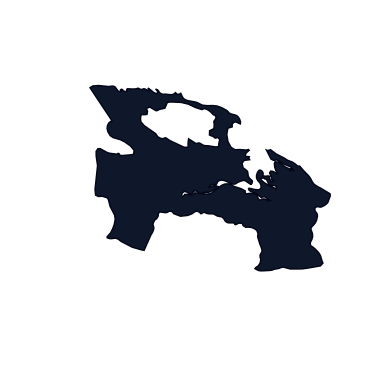 outline of Darién, rotated 131°
{"feature_id": "PAN-1418", "entity_name": "Darién", "entity_type": "Province", "adm_level": 1, "iso_a3": "PAN", "parent_name": "Panama", "parent_adm1": "", "projection": "robinson", "projection_center": [-78.04, 8.154], "detail": "fine", "context": "isolated", "style": "filled", "palette": "ink", "viewbox_px": 384, "rotation_deg": 131, "n_neighbors": 0, "source": "natural_earth", "source_scale": "10m", "svg_char_len": 6114}
<svg xmlns="http://www.w3.org/2000/svg" viewBox="0 0 384 384"><g transform="rotate(131 192 192)"><path d="M267.4,189.9L268.7,192.0L272.8,200.8L275.8,213.1L276.0,216.9L276.9,219.2L278.3,220.7L279.8,221.9L281.1,223.5L282.2,226.0L281.4,226.7L276.3,226.6L272.1,227.6L267.4,229.4L263.1,231.9L260.2,235.2L256.6,244.3L252.5,250.2L252.0,252.1L253.9,256.7L256.8,259.8L257.6,262.7L253.6,266.9L234.0,280.6L227.7,287.9L224.2,291.0L221.0,291.4L219.5,289.6L217.8,281.7L216.8,279.6L212.9,273.7L212.5,273.4L211.4,273.1L211.0,272.6L211.0,272.0L211.6,270.2L210.2,268.5L203.3,261.8L201.8,260.9L198.5,263.0L197.6,268.8L198.3,275.5L199.5,280.4L202.7,287.3L203.1,290.7L201.8,294.8L199.8,297.7L197.1,299.5L194.0,300.1L190.7,299.2L180.2,337.4L177.0,336.4L172.9,332.3L167.0,323.9L164.7,322.0L163.6,320.7L163.2,318.9L164.3,314.0L163.6,312.4L162.8,311.7L161.7,313.0L160.6,312.5L160.3,311.4L160.6,310.6L161.2,310.7L159.6,307.8L158.7,307.2L157.4,308.5L156.5,308.5L153.1,304.2L150.9,301.9L149.3,301.0L148.8,300.3L148.5,298.8L147.8,297.2L146.4,296.6L145.5,295.9L144.9,294.3L144.0,291.1L143.1,291.1L142.5,293.5L142.2,292.0L142.0,286.4L141.4,283.6L139.9,283.0L138.5,284.2L138.2,287.0L137.5,284.9L137.7,283.5L138.2,282.1L138.2,280.3L137.7,278.7L137.1,277.8L135.5,276.1L132.5,271.8L130.5,270.1L127.8,269.6L128.1,267.9L127.5,266.6L126.3,265.7L124.9,265.2L126.3,262.2L127.0,260.0L126.9,258.0L125.9,255.3L121.7,248.1L121.0,246.3L119.7,241.2L116.7,236.9L113.2,233.1L110.7,229.5L108.8,224.6L107.7,219.5L107.7,217.6L108.0,215.8L107.7,214.2L105.2,209.1L104.9,207.2L105.6,204.2L107.3,201.3L108.9,200.2L110.5,205.3L112.5,206.3L114.8,206.0L116.4,204.4L120.3,206.8L125.7,203.6L130.5,197.8L132.6,192.0L132.3,188.8L131.5,186.8L128.7,183.9L124.7,178.5L123.0,177.4L123.0,176.2L126.8,176.7L128.0,176.5L129.8,175.3L129.8,174.1L129.0,173.6L127.8,171.9L129.2,171.3L129.8,169.7L133.5,173.0L134.7,173.4L137.8,173.0L138.0,172.4L140.2,169.3L139.9,164.9L140.2,163.3L143.1,160.0L143.7,158.5L143.9,157.2L144.0,154.0L144.6,153.2L145.9,152.5L147.2,152.3L147.8,152.9L148.5,158.7L148.8,160.0L150.2,161.3L152.5,162.7L155.0,163.9L156.9,164.3L158.5,165.4L159.7,167.8L162.2,175.3L163.5,177.4L165.3,178.9L167.4,179.5L169.5,178.7L171.0,178.7L172.1,181.0L173.1,181.8L174.3,182.5L175.5,182.7L177.4,182.7L177.4,181.7L175.3,181.2L173.3,179.9L171.8,178.2L170.9,176.2L177.8,177.7L181.5,179.3L183.9,182.3L187.2,184.3L188.0,185.5L188.1,187.8L188.5,189.5L189.4,190.6L190.8,191.4L192.3,190.5L193.9,191.4L195.1,193.6L195.6,196.3L196.5,198.1L198.7,198.7L201.0,198.0L202.2,195.8L198.4,195.8L193.2,188.8L190.8,189.3L183.7,179.1L182.3,177.9L180.2,176.6L167.8,174.1L164.8,172.7L162.4,170.4L160.8,167.4L160.2,163.8L157.2,156.9L156.3,152.7L158.4,150.3L155.2,147.6L153.7,145.8L152.5,143.7L151.9,141.1L152.3,139.6L153.1,138.6L153.6,137.2L153.4,135.3L152.6,134.7L151.3,134.4L149.8,132.9L149.1,131.1L148.9,129.6L148.5,128.4L146.9,127.5L147.5,129.0L147.6,133.0L148.3,134.5L150.1,135.8L150.8,136.0L150.8,141.7L151.0,143.1L153.0,148.2L153.2,149.9L152.5,151.4L151.7,151.4L149.0,146.4L147.3,143.9L146.0,142.6L143.8,142.6L141.9,144.0L140.6,146.4L140.2,149.8L139.3,152.2L137.3,154.1L134.6,155.3L132.1,155.7L130.9,155.2L130.4,153.9L130.4,152.5L130.7,151.4L131.5,150.3L135.5,148.0L136.4,148.8L137.4,149.2L137.6,144.0L136.8,139.2L134.5,130.7L133.5,130.7L132.5,132.9L133.2,134.4L134.5,135.6L135.5,137.2L135.3,140.0L133.5,144.2L134.5,145.9L134.5,147.1L132.6,148.0L131.9,146.8L130.3,145.5L129.8,144.9L129.3,143.5L130.1,143.4L132.2,139.6L132.0,138.1L129.8,137.2L130.5,139.2L130.2,140.1L129.4,140.7L128.7,141.5L126.8,145.9L124.6,146.3L123.4,144.5L122.1,139.4L121.1,140.6L120.9,142.6L119.0,145.8L116.5,148.5L114.5,149.2L113.2,146.6L111.7,137.2L110.7,134.0L111.5,131.8L110.7,131.8L110.7,132.9L109.6,132.9L109.6,129.7L108.8,129.7L108.2,133.6L110.8,141.4L112.1,149.0L114.7,151.4L115.3,154.0L111.5,163.3L111.0,161.9L108.6,160.5L108.1,153.5L105.8,144.3L105.4,140.8L103.6,136.0L103.1,132.0L103.2,129.9L102.8,128.8L101.8,127.7L102.7,121.7L103.2,115.3L103.6,113.0L104.1,111.2L105.5,107.7L106.0,105.2L105.9,103.3L105.3,99.5L104.8,98.0L102.8,86.7L103.5,85.8L104.5,85.0L110.9,82.6L112.8,82.7L115.2,83.2L118.5,84.6L119.4,85.5L120.8,87.9L122.6,88.7L123.9,88.4L125.2,87.3L125.8,85.9L126.0,84.6L126.5,83.1L127.9,81.5L131.8,79.4L134.7,78.7L137.1,78.6L139.7,78.8L141.3,78.4L142.4,77.5L144.2,74.0L146.5,71.7L149.0,70.5L152.4,69.6L153.9,68.5L154.6,67.0L154.3,64.7L154.2,61.8L154.5,58.0L155.1,55.0L156.1,52.7L158.9,48.4L159.7,46.6L163.5,46.6L173.7,54.9L177.9,58.6L185.6,67.4L188.8,73.9L190.2,75.0L192.5,76.2L196.4,79.3L198.5,80.4L200.2,81.9L205.7,87.6L207.3,89.7L208.1,92.0L208.5,94.2L207.2,94.3L204.2,93.5L200.8,94.0L197.8,95.8L196.5,97.8L194.9,99.3L192.6,99.7L190.4,100.4L188.5,103.1L186.9,106.4L182.7,113.1L180.0,114.9L178.4,118.0L178.8,121.3L179.8,124.0L181.5,126.4L183.4,128.4L183.8,131.4L182.9,133.2L182.9,133.9L183.3,134.5L185.0,136.4L187.9,137.5L188.3,138.5L187.9,139.3L187.9,140.2L191.4,144.3L192.0,145.8L192.2,147.6L191.3,150.4L191.1,152.9L193.5,157.1L194.4,161.3L195.3,162.6L197.5,165.1L198.7,167.3L198.7,168.2L199.5,169.6L200.9,170.4L201.8,170.5L202.5,170.9L202.4,173.3L203.0,175.5L204.5,176.7L208.6,177.8L212.5,179.9L217.8,184.8L220.3,191.5L219.8,194.1L221.2,196.5L224.0,197.5L225.3,198.9L228.0,203.0L229.9,203.5L232.5,201.7L235.4,201.2L237.2,201.7L240.4,201.1L241.9,200.4L243.8,197.6L245.7,196.2L248.6,195.3L251.5,194.8L267.4,189.9ZM154.1,229.4L152.8,220.7L151.5,219.8L150.1,218.5L149.2,213.8L147.9,211.8L146.5,210.1L142.3,203.4L140.1,201.6L137.8,203.6L134.2,205.4L133.9,208.4L136.0,209.7L136.3,211.0L136.1,212.5L137.0,214.4L137.5,216.2L134.2,218.9L129.8,217.0L126.9,219.1L124.4,221.8L122.0,222.0L119.7,222.8L119.0,225.1L119.7,226.5L119.3,229.7L119.5,233.4L120.0,235.4L120.9,237.3L122.3,238.2L123.3,238.6L126.0,245.0L128.1,252.5L131.5,259.0L138.2,267.4L140.6,269.4L146.4,267.5L148.7,269.0L150.9,270.8L153.1,271.5L154.3,272.6L155.5,279.5L158.9,281.3L160.3,278.5L163.0,276.9L165.0,278.8L166.9,281.2L170.0,279.4L172.6,276.7L173.3,271.5L171.8,257.7L172.8,254.1L172.2,251.3L171.0,248.9L169.7,248.4L168.3,247.4L167.7,242.4L163.4,227.3L160.8,224.2L157.4,227.3L154.1,229.4Z" fill="#0f172a" stroke="#020617" stroke-width="1.5"/></g></svg>